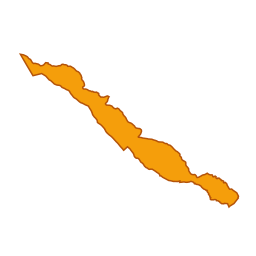 outline of Goicoechea, San José, Costa Rica, rotated 222°
{"feature_id": "36466004B79132997728490", "entity_name": "Goicoechea", "entity_type": "district", "adm_level": 2, "iso_a3": "CRI", "parent_name": "Costa Rica", "parent_adm1": "San José", "projection": "orthographic", "projection_center": [-83.99, 9.957], "detail": "fine", "context": "isolated", "style": "filled", "palette": "amber", "viewbox_px": 256, "rotation_deg": 222, "n_neighbors": 0, "source": "geoboundaries", "source_scale": "gbopen_adm2", "svg_char_len": 5882}
<svg xmlns="http://www.w3.org/2000/svg" viewBox="0 0 256 256"><g transform="rotate(222 128 128)"><path d="M72.2,113.8L71.5,114.5L69.2,114.6L62.5,116.3L61.7,116.9L61.2,117.2L60.6,117.6L58.6,118.6L54.9,121.8L54.0,123.4L53.1,122.8L53.0,122.4L50.2,125.5L49.2,126.0L47.9,127.0L46.2,129.1L45.8,130.0L45.5,130.5L43.7,131.3L42.6,131.5L41.3,131.0L41.2,131.1L41.2,131.4L41.0,131.8L39.9,131.7L39.4,131.9L38.9,132.3L38.5,132.6L38.0,132.8L37.1,133.3L36.3,133.3L35.7,133.6L34.5,133.6L34.1,133.4L33.4,133.3L31.3,133.3L30.6,133.4L29.4,133.9L28.2,133.9L28.0,134.1L27.9,134.4L27.5,134.6L27.1,134.5L27.0,134.3L26.7,133.7L24.2,133.3L24.0,133.1L23.9,132.7L21.4,132.1L21.2,131.9L21.1,131.5L19.8,131.5L19.7,130.7L19.0,130.1L18.8,130.1L18.2,130.3L17.3,131.1L16.5,131.7L16.1,132.4L15.4,133.1L14.9,133.4L14.3,133.6L14.0,133.6L13.6,133.2L12.5,134.1L11.1,134.3L10.6,134.6L9.8,134.2L7.6,134.5L6.0,135.9L6.0,136.4L3.4,138.4L0.1,136.9L0.1,138.0L-1.3,142.8L-0.8,149.8L-0.1,150.1L0.2,151.2L3.8,152.6L8.5,152.0L10.1,152.0L11.4,150.6L12.2,150.6L14.0,151.2L15.7,151.7L17.3,152.6L19.2,152.7L20.0,151.4L20.6,151.4L21.2,152.4L22.2,152.3L22.7,152.1L22.9,151.9L23.3,151.4L23.6,151.4L23.8,151.7L24.4,151.9L25.0,151.7L26.7,151.7L27.0,151.6L27.5,150.7L27.9,150.6L27.9,150.0L28.3,149.8L29.2,149.8L29.7,150.2L29.9,150.7L31.0,150.6L31.2,150.4L31.4,149.5L32.0,148.7L32.6,148.7L33.1,149.2L34.0,149.5L34.4,149.3L34.9,148.6L35.6,148.2L36.3,147.9L36.8,147.6L38.9,147.4L39.1,146.7L39.3,146.0L39.5,145.6L39.6,145.1L40.1,144.3L40.5,143.8L41.2,142.7L41.6,141.1L41.9,140.6L42.2,139.5L42.7,138.4L43.5,137.4L44.4,137.6L45.4,138.1L46.9,138.2L47.5,137.9L47.7,137.6L48.1,137.1L49.2,136.4L49.7,136.1L50.7,136.0L51.1,136.0L53.4,136.6L54.2,136.9L55.1,137.6L55.4,138.1L55.8,138.3L57.0,138.6L58.6,138.8L59.1,138.8L59.9,139.0L60.5,139.5L61.1,139.9L61.4,140.5L62.3,141.2L63.7,141.1L64.2,140.9L65.1,140.8L65.5,140.6L66.9,140.6L67.8,141.1L68.8,141.9L70.2,141.9L71.1,142.2L71.5,142.7L71.5,142.9L72.0,143.3L72.5,143.4L74.9,143.4L75.5,143.4L77.0,143.0L79.9,143.1L82.4,143.4L84.8,143.4L85.5,143.2L86.1,142.8L86.6,142.5L87.1,142.4L88.7,142.4L89.0,142.2L89.7,141.5L90.8,141.1L92.6,140.8L95.9,138.2L97.2,137.7L97.8,137.7L99.1,137.2L101.1,136.2L102.8,135.6L103.7,134.8L104.4,134.4L104.9,133.9L105.6,133.4L106.5,133.0L109.6,130.9L110.1,130.5L111.9,129.7L114.6,127.7L114.5,127.8L114.5,130.0L114.6,131.9L115.7,134.5L116.4,135.2L116.8,135.5L118.4,135.5L119.1,135.3L119.3,135.0L120.5,134.3L121.2,133.8L121.9,133.4L123.4,133.4L124.4,133.8L127.9,133.8L129.1,133.6L131.3,132.7L132.4,132.6L133.4,132.9L134.4,133.2L136.4,134.1L138.0,134.4L139.1,134.4L140.4,134.7L141.3,135.0L142.0,135.6L142.6,135.8L144.5,135.8L144.8,135.7L145.9,135.7L146.8,136.0L147.7,136.0L149.1,135.7L149.4,135.3L149.4,134.9L149.9,134.2L150.1,133.9L151.0,133.6L151.4,133.3L152.9,133.3L154.8,133.5L155.1,133.3L156.8,132.7L157.3,132.2L158.5,131.3L159.2,130.7L159.7,130.6L160.8,130.8L161.1,131.2L161.1,133.8L161.5,134.8L162.1,135.7L163.0,138.1L163.0,138.5L164.2,138.3L164.8,138.0L165.1,137.5L166.0,135.7L166.6,134.6L168.2,133.5L168.7,132.8L171.8,132.9L172.0,133.0L172.2,133.5L172.9,134.1L173.4,134.1L173.9,133.7L175.0,133.7L175.3,133.7L175.6,133.3L176.1,132.7L176.7,132.5L176.9,132.1L177.3,131.8L178.8,131.6L179.1,130.9L180.9,130.3L181.3,130.0L182.4,129.5L183.7,129.4L185.0,128.9L185.7,128.5L186.3,127.9L186.9,127.4L187.6,127.2L188.4,127.4L189.0,128.1L189.0,128.5L188.7,129.3L188.7,129.8L188.9,130.3L188.9,130.6L189.3,131.0L190.6,131.9L191.9,132.6L193.2,132.9L194.5,133.0L195.1,133.3L195.7,133.8L195.7,134.1L196.0,134.5L196.8,134.9L197.4,135.3L198.2,135.7L199.0,136.0L199.4,136.0L200.7,136.5L202.5,136.5L203.2,136.3L203.6,136.1L204.4,135.9L205.6,135.9L206.8,136.1L208.7,136.1L209.8,135.8L211.2,135.6L212.1,135.4L214.1,133.5L214.5,133.7L214.9,133.8L215.3,133.8L215.9,133.6L216.5,133.4L217.2,132.8L217.7,132.4L218.0,132.2L218.3,132.2L218.9,131.9L219.5,131.3L219.8,130.7L219.8,129.4L219.9,129.1L221.0,128.1L221.4,127.4L222.6,125.7L224.9,124.3L225.5,123.5L225.8,123.3L226.5,123.2L227.5,123.0L228.3,123.0L230.2,122.2L230.9,122.9L232.9,121.5L232.9,118.4L233.5,117.0L234.6,115.7L237.3,115.5L240.5,113.8L241.2,112.8L242.8,112.6L246.3,113.7L248.1,113.2L250.4,113.6L251.9,113.3L254.7,112.4L257.3,110.8L245.5,107.0L233.6,103.3L228.6,110.7L223.8,111.6L218.7,111.0L217.3,111.5L214.4,111.5L212.2,111.4L210.2,112.1L209.5,112.4L207.8,113.6L206.9,114.1L206.2,114.2L205.5,114.2L204.8,114.1L204.2,114.0L203.8,114.2L203.0,114.4L201.7,114.9L199.5,115.3L197.5,116.1L196.0,116.1L194.5,115.5L192.4,115.0L191.8,115.0L189.3,114.5L188.2,114.5L185.7,115.0L181.5,115.0L179.7,115.3L179.4,115.4L179.1,115.7L178.6,115.9L178.0,116.0L175.8,116.6L175.5,116.6L172.1,117.8L170.1,117.1L166.8,116.2L165.7,115.6L165.3,115.6L165.0,115.3L164.3,115.0L164.1,114.7L162.7,114.1L162.3,114.1L162.2,114.0L160.2,113.6L158.5,113.6L158.3,113.5L157.5,113.4L156.1,113.1L154.4,111.7L152.8,111.8L152.2,112.0L151.7,112.0L151.0,112.2L148.9,112.2L147.3,112.0L146.6,112.0L145.6,111.8L145.1,111.8L144.4,111.6L144.3,111.4L143.9,111.4L143.6,111.2L143.2,111.1L142.9,110.9L142.4,110.7L142.0,110.7L141.3,110.4L140.3,110.4L140.2,110.3L136.9,110.3L135.8,110.5L133.1,110.5L132.8,110.4L131.6,110.4L130.7,110.2L128.2,110.0L127.9,109.9L126.1,109.9L125.8,109.8L125.0,109.8L123.7,109.5L123.2,109.5L122.4,109.3L121.9,109.3L121.3,109.1L120.6,109.1L117.5,108.8L117.4,108.7L117.1,108.7L116.5,108.5L116.3,108.5L115.8,113.7L112.6,113.8L111.9,113.6L110.4,113.3L107.0,112.7L106.7,112.5L105.8,112.1L104.6,111.3L103.6,111.0L102.0,111.0L101.5,111.2L100.9,111.8L100.1,112.2L98.9,112.2L97.3,111.8L96.6,111.5L95.9,111.3L95.1,111.3L94.7,111.4L93.9,111.5L93.0,111.5L92.2,111.3L91.9,111.2L90.6,110.9L90.3,110.7L88.0,110.7L86.8,111.2L85.3,111.2L84.3,111.7L83.8,112.4L83.0,113.1L82.4,113.6L81.8,113.7L80.0,114.0L79.2,114.1L78.9,114.2L78.3,114.2L78.1,114.3L77.0,114.3L76.3,114.5L74.2,114.7L73.6,114.6L73.1,114.3L72.9,114.3L72.2,113.8Z" fill="#f59e0b" stroke="#b45309" stroke-width="1.5"/></g></svg>